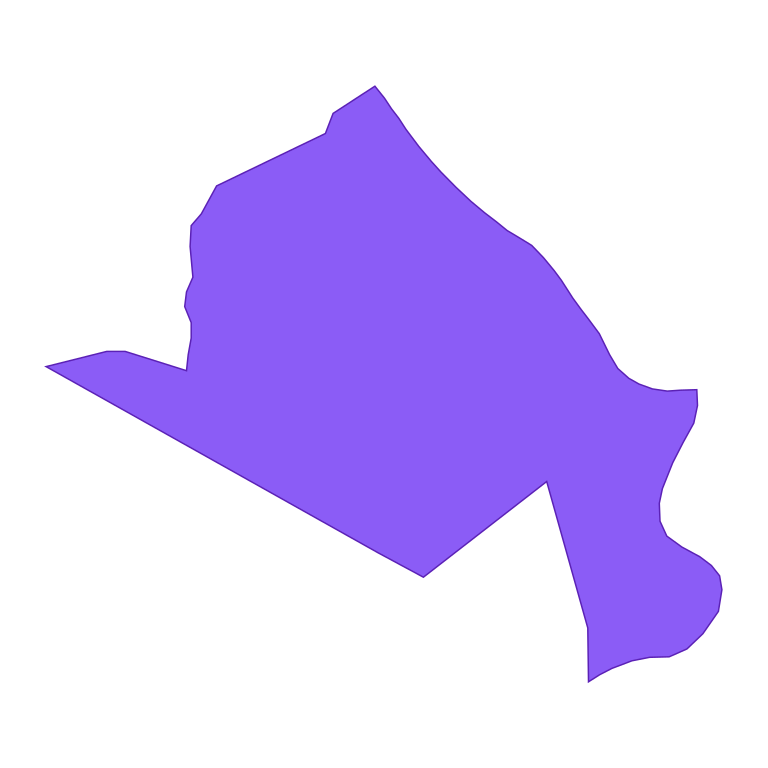 Grossos, Rio Grande do Norte, Brazil
{"feature_id": "56859067B32451486884913", "entity_name": "Grossos", "entity_type": "district", "adm_level": 2, "iso_a3": "BRA", "parent_name": "Brazil", "parent_adm1": "Rio Grande do Norte", "projection": "natural_earth1", "projection_center": [-37.19, -4.948], "detail": "fine", "context": "isolated", "style": "filled", "palette": "violet", "viewbox_px": 768, "rotation_deg": 0, "n_neighbors": 0, "source": "geoboundaries", "source_scale": "gbopen_adm2", "svg_char_len": 1016}
<svg xmlns="http://www.w3.org/2000/svg" viewBox="0 0 768 768"><path d="M696.8,389.7L680.4,390.2L667.3,391.1L652.3,388.9L638.9,384.0L628.8,378.3L617.8,368.5L609.6,354.7L599.3,333.7L588.5,319.1L581.2,309.6L572.8,298.1L561.3,280.2L554.0,270.4L543.5,257.7L531.7,245.4L519.8,238.1L507.1,230.5L496.8,222.1L484.4,212.6L471.0,201.4L456.0,187.3L441.0,172.1L431.4,161.5L418.7,146.3L406.0,129.4L398.8,118.3L391.5,108.8L384.5,98.2L374.9,86.2L362.7,94.1L333.1,113.4L325.4,133.5L216.6,185.9L201.3,213.9L191.2,225.6L190.1,246.5L192.9,277.2L186.5,291.9L184.7,306.6L191.2,322.6L191.2,338.1L188.2,354.7L186.5,370.7L125.1,351.4L106.8,351.4L46.1,366.6L377.9,552.7L423.4,577.2L546.7,481.5L587.8,628.0L588.5,681.8L599.7,674.7L611.9,668.4L631.9,660.8L649.7,657.3L669.2,656.8L687.0,648.9L702.9,633.7L718.4,611.4L721.9,589.7L719.6,575.8L711.4,565.5L699.9,556.8L681.8,547.0L666.8,536.1L660.0,521.2L659.3,503.3L662.4,488.6L672.7,462.8L683.0,442.7L693.8,423.1L697.5,405.5L696.8,389.7Z" fill="#8b5cf6" stroke="#5b21b6" stroke-width="1.5"/></svg>